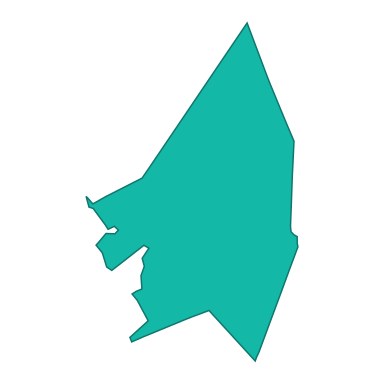 Murici, Alagoas, Brazil (Equal Earth projection)
{"feature_id": "56859067B92034716727296", "entity_name": "Murici", "entity_type": "district", "adm_level": 2, "iso_a3": "BRA", "parent_name": "Brazil", "parent_adm1": "Alagoas", "projection": "equal_earth", "projection_center": [-35.962, -9.277], "detail": "fine", "context": "isolated", "style": "filled", "palette": "teal", "viewbox_px": 384, "rotation_deg": 0, "n_neighbors": 0, "source": "geoboundaries", "source_scale": "gbopen_adm2", "svg_char_len": 855}
<svg xmlns="http://www.w3.org/2000/svg" viewBox="0 0 384 384"><path d="M209.0,310.5L255.2,361.0L256.6,357.1L259.0,352.0L268.6,326.0L280.1,295.1L290.0,268.1L297.9,246.9L297.2,242.9L297.2,236.6L293.8,234.7L291.0,231.7L290.5,226.1L291.4,202.2L292.0,184.6L292.3,176.3L294.0,141.2L286.4,123.3L270.2,84.1L267.2,76.5L247.1,23.0L184.7,115.3L150.0,166.6L142.1,178.1L106.3,196.3L92.8,203.9L88.5,198.9L86.1,196.4L89.0,207.1L93.2,208.5L102.2,220.7L105.5,225.2L108.1,229.3L114.3,226.3L118.4,230.1L114.9,233.8L106.0,233.5L100.2,240.4L96.1,245.2L102.3,252.8L104.4,259.6L106.7,267.0L111.8,270.4L135.2,252.1L143.9,245.3L148.9,248.2L142.2,258.3L144.3,266.3L142.9,270.4L141.0,275.6L141.9,289.0L136.3,291.3L132.1,294.0L137.3,300.4L148.2,320.8L129.9,337.4L131.7,341.9L142.8,337.0L183.6,320.2L191.0,317.2L209.0,310.5Z" fill="#14b8a6" stroke="#0f766e" stroke-width="1.5"/></svg>